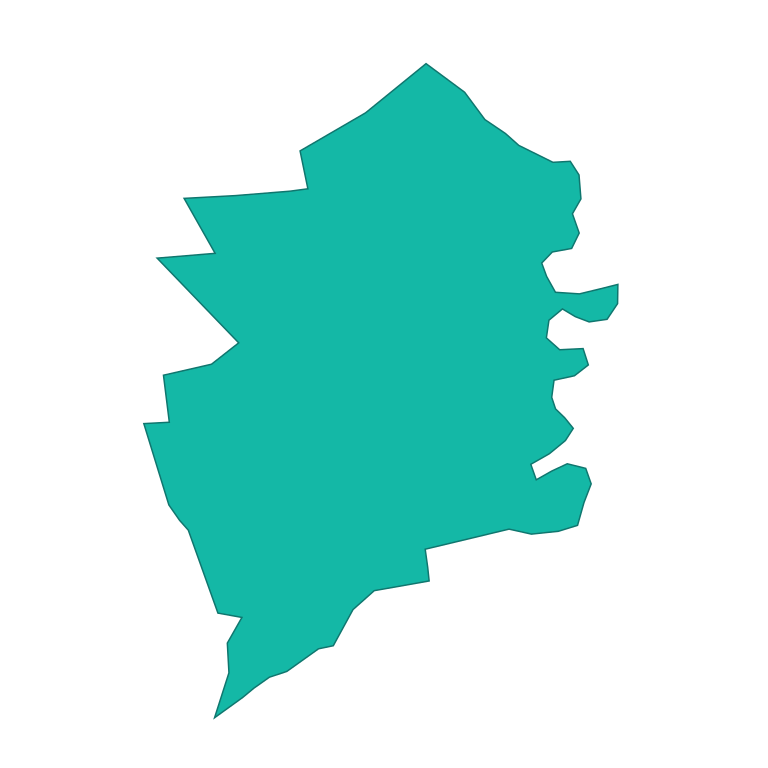 the district of Nova Boa Vista, Rio Grande do Sul, Brazil, rotated 264°
{"feature_id": "56859067B80899080982084", "entity_name": "Nova Boa Vista", "entity_type": "district", "adm_level": 2, "iso_a3": "BRA", "parent_name": "Brazil", "parent_adm1": "Rio Grande do Sul", "projection": "orthographic", "projection_center": [-52.985, -27.999], "detail": "fine", "context": "isolated", "style": "filled", "palette": "teal", "viewbox_px": 768, "rotation_deg": 264, "n_neighbors": 0, "source": "geoboundaries", "source_scale": "gbopen_adm2", "svg_char_len": 1140}
<svg xmlns="http://www.w3.org/2000/svg" viewBox="0 0 768 768"><g transform="rotate(264 384 384)"><path d="M547.5,599.2L571.5,599.8L586.0,592.5L586.8,575.2L607.2,543.0L620.4,531.0L636.4,512.0L665.7,494.7L698.2,459.3L655.6,394.0L624.6,324.9L586.1,328.7L585.6,310.8L586.9,255.8L589.5,204.6L531.6,229.7L532.9,171.5L440.1,243.8L421.7,214.5L415.8,165.6L368.4,166.5L369.7,141.0L286.2,157.4L269.7,166.5L259.1,174.1L173.5,194.9L166.7,218.3L142.7,201.1L113.0,199.6L69.8,180.6L87.1,210.8L95.1,222.8L104.4,239.4L108.3,257.3L127.5,291.2L129.0,306.2L162.9,329.6L179.5,352.7L183.4,408.3L197.3,408.3L215.4,407.7L226.6,493.2L219.3,514.9L219.3,542.1L223.2,561.7L245.2,570.5L263.0,579.6L279.0,575.8L285.5,557.9L279.8,541.5L272.8,525.4L288.8,521.6L297.4,541.2L308.8,558.5L320.1,567.6L331.5,560.2L341.3,552.0L353.2,549.4L370.0,553.5L372.3,574.3L381.6,589.2L398.4,585.7L399.7,562.3L412.9,550.3L430.2,554.7L440.0,569.3L431.0,581.3L424.3,594.5L425.0,612.6L439.5,624.7L458.6,627.0L456.0,608.8L453.2,587.8L457.3,564.1L473.9,557.0L487.8,553.5L497.7,565.2L499.2,584.8L513.7,593.9L533.6,589.2L547.5,599.2Z" fill="#14b8a6" stroke="#0f766e" stroke-width="1.5"/></g></svg>